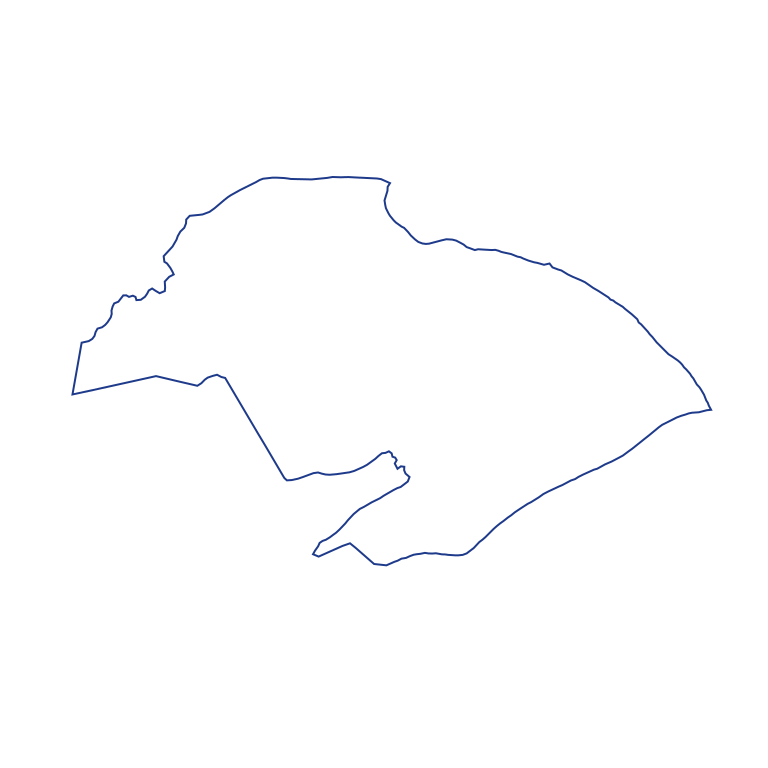 Limoeiro do Ajuru, Pará, Brazil (Equal Earth projection), rotated 43°
{"feature_id": "56859067B66751862991607", "entity_name": "Limoeiro do Ajuru", "entity_type": "district", "adm_level": 2, "iso_a3": "BRA", "parent_name": "Brazil", "parent_adm1": "Pará", "projection": "equal_earth", "projection_center": [-49.456, -1.886], "detail": "fine", "context": "isolated", "style": "outline", "palette": "blue", "viewbox_px": 768, "rotation_deg": 43, "n_neighbors": 0, "source": "geoboundaries", "source_scale": "gbopen_adm2", "svg_char_len": 3729}
<svg xmlns="http://www.w3.org/2000/svg" viewBox="0 0 768 768"><g transform="rotate(43 384 384)"><path d="M509.4,515.0L512.9,506.9L514.5,503.9L515.9,499.8L518.7,496.2L520.3,492.3L522.1,488.7L524.0,486.2L526.4,483.4L529.1,479.6L532.2,477.5L534.9,475.1L537.4,472.4L542.5,469.1L544.9,467.0L547.6,465.1L553.2,460.5L555.3,458.5L558.1,455.3L560.0,451.5L561.5,442.7L561.5,434.6L562.2,430.7L562.6,426.8L563.0,415.2L563.4,411.0L564.0,406.7L564.8,402.8L565.7,397.0L566.5,393.5L567.2,388.6L568.6,382.6L570.8,373.7L572.1,370.2L574.5,361.3L575.6,355.8L577.4,350.7L581.7,340.0L583.3,336.4L586.5,327.1L588.6,323.2L589.6,319.3L591.4,314.4L596.0,303.4L597.7,300.6L600.5,292.0L603.3,285.6L605.9,278.2L607.5,273.5L608.8,266.4L609.7,261.9L611.9,246.9L612.9,240.4L614.5,228.2L615.3,224.1L620.9,208.9L623.2,204.3L625.4,200.6L626.9,197.7L628.9,194.9L633.5,190.0L638.0,183.0L640.8,179.8L636.3,178.3L633.6,176.9L631.0,176.3L625.4,173.6L619.7,171.9L616.7,171.2L613.1,171.0L606.3,168.9L603.7,168.6L600.9,167.8L595.0,167.2L592.1,167.2L588.9,166.5L586.1,166.3L583.0,166.4L576.1,167.4L571.7,168.2L555.0,167.6L548.3,166.6L544.4,166.4L541.2,165.8L531.3,165.0L528.3,165.3L525.1,163.9L517.9,164.0L508.9,164.7L506.1,164.7L497.4,166.5L494.8,166.6L492.1,167.8L489.1,167.6L477.4,169.7L471.3,171.1L467.7,171.6L461.5,172.5L457.4,173.8L448.9,176.9L443.7,178.5L436.3,180.0L433.3,181.5L427.7,183.8L422.9,183.0L419.7,187.7L413.6,190.8L410.8,192.6L405.3,195.3L400.2,197.3L397.5,198.1L394.8,199.8L388.3,202.3L382.3,205.9L379.7,207.4L377.0,208.4L373.9,210.0L371.5,212.5L366.6,216.6L360.9,221.3L359.1,224.1L354.0,226.2L351.1,227.5L347.2,227.7L343.3,228.7L339.0,229.9L335.5,231.8L330.9,235.6L328.2,239.6L321.2,250.7L319.1,253.0L316.3,255.0L312.2,256.7L308.2,257.1L302.4,257.1L297.7,256.4L292.2,256.1L289.6,256.9L282.5,257.8L279.5,257.7L273.6,256.9L270.8,256.1L265.5,254.1L262.9,252.3L259.2,249.4L254.8,240.4L252.2,237.3L251.4,233.0L242.1,236.2L238.7,238.5L227.2,248.2L225.0,250.1L217.1,256.7L214.5,259.2L211.5,262.2L205.2,267.7L201.9,272.0L191.5,283.8L188.0,286.9L179.5,294.5L176.0,297.6L173.2,299.5L170.6,301.4L164.3,306.7L161.6,309.3L155.5,316.4L153.9,319.7L152.8,323.4L146.5,340.2L143.3,350.1L142.4,353.8L141.7,358.3L140.2,371.1L139.0,377.1L135.7,383.7L133.8,386.0L127.2,393.5L127.2,398.6L129.7,401.6L131.4,406.0L131.1,411.4L132.3,416.5L133.8,419.9L135.6,427.7L135.7,440.8L140.0,444.4L143.0,443.8L148.6,444.8L152.6,446.1L155.5,447.3L153.8,452.1L153.8,458.6L158.1,462.7L160.3,465.5L158.0,470.6L153.6,471.6L149.3,472.3L148.2,476.0L149.2,479.6L149.7,483.2L148.7,488.3L145.7,491.5L142.9,489.8L140.1,490.7L138.1,494.2L135.1,494.9L132.9,497.0L133.6,505.0L131.7,509.1L132.7,512.4L134.6,516.1L137.1,518.5L138.7,521.6L139.7,527.3L139.8,530.9L139.1,534.8L136.7,538.9L137.7,542.8L139.5,546.3L139.9,550.0L138.8,554.0L134.7,560.0L163.3,604.1L175.5,586.6L211.9,533.7L232.4,522.0L248.7,512.6L249.9,508.0L250.0,503.1L250.7,499.6L253.2,494.9L255.6,491.1L260.3,489.8L263.7,487.9L325.1,506.0L339.0,510.0L375.1,520.7L378.7,520.7L382.1,517.1L385.7,511.9L388.2,507.2L393.2,497.3L396.1,493.7L399.8,491.9L402.9,490.1L406.1,487.5L410.7,482.4L413.3,479.2L419.0,472.1L421.5,467.9L425.3,458.9L426.7,454.7L428.7,444.6L429.0,440.6L429.7,436.1L432.1,433.3L433.5,429.9L436.9,429.5L439.8,431.4L442.4,430.2L445.2,431.0L446.1,434.8L451.7,436.8L452.5,432.7L455.3,430.7L457.5,433.3L460.8,434.8L466.1,434.6L467.9,439.1L467.2,443.3L466.4,448.0L464.8,450.9L463.3,455.0L460.0,465.8L459.0,470.2L455.7,478.9L453.1,487.6L451.5,491.9L450.5,499.8L450.5,508.5L450.8,512.4L450.7,520.9L450.4,525.4L449.6,529.4L449.0,532.9L447.7,537.6L446.1,540.6L445.3,544.1L446.5,547.6L447.2,552.9L448.2,556.9L453.9,554.8L464.1,530.7L467.8,523.7L474.8,523.2L499.5,522.4L509.4,515.0Z" fill="none" stroke="#1e3a8a" stroke-width="2"/></g></svg>